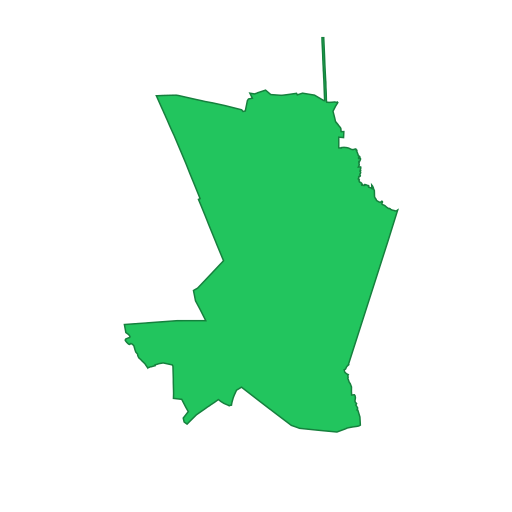 the district of Aizkraukle, Aizkraukles, Latvia, rotated 344°
{"feature_id": "27541924B59656090985212", "entity_name": "Aizkraukle", "entity_type": "district", "adm_level": 2, "iso_a3": "LVA", "parent_name": "Latvia", "parent_adm1": "Aizkraukles", "projection": "mercator", "projection_center": [25.251, 56.596], "detail": "fine", "context": "isolated", "style": "filled", "palette": "green", "viewbox_px": 512, "rotation_deg": 344, "n_neighbors": 0, "source": "geoboundaries", "source_scale": "gbopen_adm2", "svg_char_len": 5913}
<svg xmlns="http://www.w3.org/2000/svg" viewBox="0 0 512 512"><g transform="rotate(344 256 256)"><path d="M387.4,277.4L399.3,259.3L404.9,250.8L404.5,250.9L403.9,251.4L402.1,251.0L401.3,250.3L400.9,250.1L399.5,249.4L399.2,249.0L398.2,248.3L398.0,247.6L397.1,246.9L396.5,246.9L395.2,245.3L394.8,244.8L394.1,243.6L393.5,242.8L392.6,242.1L391.5,241.2L391.5,240.3L391.8,239.7L392.3,239.3L392.5,238.5L392.1,238.0L390.3,238.7L389.7,238.4L388.3,237.1L387.2,235.9L387.0,234.4L386.4,232.7L386.3,231.7L386.6,230.4L387.0,228.9L387.5,226.9L387.8,225.7L387.5,223.7L387.6,222.9L387.3,220.9L386.8,219.7L386.0,223.1L385.2,222.2L383.3,220.9L383.6,220.1L383.7,219.5L383.6,219.3L382.9,219.2L382.6,219.1L382.2,218.4L381.8,218.2L380.6,217.4L380.3,217.2L380.0,217.3L380.0,217.5L379.9,218.1L379.4,218.0L378.9,217.8L378.4,217.6L378.3,217.3L378.2,217.1L377.9,217.2L377.6,217.3L377.2,217.2L377.1,216.6L377.3,216.5L377.5,216.6L377.8,216.1L377.7,215.6L377.5,214.9L377.2,214.7L376.9,214.4L376.9,214.1L376.6,213.8L376.1,213.7L375.8,213.1L375.8,212.8L375.9,211.6L376.1,211.6L376.3,211.3L376.1,210.5L375.8,210.5L375.6,210.4L375.5,210.1L375.7,209.9L376.0,209.6L376.3,209.3L376.4,208.9L376.4,208.7L376.4,208.4L376.8,207.9L377.1,207.9L377.3,208.1L377.5,208.2L378.2,207.9L378.4,207.7L378.4,207.4L378.3,207.0L378.3,206.6L378.2,206.4L378.3,206.0L378.6,205.7L378.8,205.7L379.0,205.6L379.3,205.1L379.6,204.6L379.7,204.3L379.7,204.0L379.6,203.7L379.4,203.4L379.3,203.1L379.6,202.7L380.2,202.6L380.2,201.8L380.3,201.2L380.8,200.7L381.2,199.4L380.8,199.1L378.9,198.7L380.4,196.9L380.5,195.3L380.9,195.4L381.0,195.5L380.8,195.2L380.9,194.7L380.8,193.9L380.9,193.5L381.1,193.4L381.6,193.6L381.9,193.3L382.3,193.0L382.5,192.6L383.1,191.9L383.3,191.2L383.0,190.6L382.7,190.2L382.3,190.4L382.0,190.7L381.7,190.7L381.5,190.1L381.6,189.9L382.3,189.3L382.7,189.3L383.1,189.3L383.1,189.1L382.8,188.5L382.5,188.3L382.3,188.1L382.1,187.8L382.0,187.3L382.0,186.8L382.1,186.4L382.0,186.2L381.8,183.5L381.7,182.9L381.5,182.4L382.1,182.1L381.6,181.3L381.5,180.7L381.1,180.5L378.5,180.5L376.9,179.7L375.5,178.4L374.6,177.7L374.3,177.5L372.8,176.7L370.5,175.8L367.9,175.3L367.7,175.7L365.4,174.9L365.5,174.3L366.4,171.3L368.3,164.6L372.3,166.1L372.8,166.3L374.3,161.9L374.7,160.6L372.3,160.0L372.1,159.9L372.6,157.4L372.4,157.4L372.6,156.0L371.7,154.0L370.3,150.8L370.5,150.9L369.5,148.6L369.5,148.2L369.7,145.0L369.9,138.1L373.9,133.8L376.9,131.1L376.6,130.4L376.0,130.6L374.0,129.6L371.7,129.2L368.6,128.5L366.3,127.6L366.6,125.6L368.3,119.1L368.8,117.0L369.4,114.4L369.7,113.1L371.1,107.9L371.3,106.7L373.4,97.6L374.8,91.6L376.5,84.7L378.2,77.7L381.2,65.1L381.3,64.8L379.6,64.3L378.6,68.1L375.7,80.5L374.8,84.0L374.3,86.0L374.1,87.0L373.4,89.8L372.8,92.5L372.2,94.9L371.7,96.8L371.7,97.1L371.0,100.1L370.3,102.9L369.8,105.3L366.2,119.8L364.9,125.1L364.8,125.6L364.3,125.4L363.8,125.1L356.6,117.5L345.6,112.3L340.1,112.5L339.8,110.8L332.5,109.8L327.2,109.0L324.9,108.6L322.3,107.7L314.7,104.9L310.9,99.2L303.4,99.5L302.7,99.5L301.8,99.7L301.5,99.7L299.4,99.8L299.2,99.8L299.0,99.7L295.0,97.8L296.0,103.3L292.1,103.0L290.6,104.2L285.7,113.6L283.3,113.5L282.5,111.5L267.7,102.9L256.4,96.8L249.7,93.5L246.5,91.7L242.0,89.3L225.6,80.3L223.6,79.4L219.1,78.2L211.0,76.1L205.9,74.9L204.4,74.5L206.1,86.7L206.4,88.7L206.7,90.6L207.1,93.7L207.4,95.5L207.6,97.2L208.1,100.5L208.6,104.5L208.9,106.9L209.4,110.4L210.2,115.7L210.5,117.5L214.1,147.4L215.2,158.7L216.3,168.5L216.4,169.5L218.1,185.5L216.3,185.7L217.0,191.6L218.3,203.5L218.9,209.5L219.1,211.8L219.9,219.2L221.3,232.0L221.5,234.2L222.4,242.0L223.5,251.6L211.7,258.6L203.1,263.7L191.0,270.8L186.4,271.9L185.5,282.4L187.6,292.2L189.9,304.3L162.2,296.4L110.6,285.6L109.8,293.7L111.8,296.3L112.2,297.1L112.7,298.6L112.5,299.0L112.1,299.5L111.7,299.5L110.2,299.6L108.8,299.8L107.9,299.9L107.1,300.8L107.2,301.5L107.9,303.3L109.0,305.2L109.4,305.7L110.2,306.2L111.6,305.6L112.8,306.7L113.3,307.5L113.8,308.6L113.9,309.6L113.8,310.3L113.9,310.7L113.8,311.7L113.9,314.3L114.0,315.3L115.1,317.6L114.9,319.0L115.0,320.0L115.3,321.6L115.8,322.5L116.4,323.3L116.6,323.6L116.7,323.9L117.1,324.6L117.3,325.1L118.3,326.8L119.0,328.0L119.8,329.6L119.9,330.2L120.2,331.1L120.5,332.0L120.6,332.3L120.7,332.6L120.8,332.9L121.0,333.3L121.2,333.7L121.2,333.8L121.4,333.7L124.4,333.4L124.7,333.6L128.5,333.6L128.8,333.6L128.8,333.1L128.8,332.9L130.6,332.8L132.1,332.8L132.6,332.7L135.4,333.0L137.3,333.2L145.5,337.6L145.8,339.0L145.4,340.6L145.0,342.2L144.6,343.7L142.6,351.5L141.7,354.6L141.3,356.1L140.9,357.7L140.5,359.2L139.7,362.4L138.8,365.7L137.4,370.1L145.1,373.3L146.8,381.9L148.0,386.9L144.9,389.2L141.4,391.7L141.3,393.1L141.3,393.7L141.2,395.1L141.2,395.8L143.4,398.6L146.8,396.7L155.0,392.2L165.5,388.6L166.6,388.2L167.6,387.8L168.7,387.5L169.8,387.2L170.9,386.8L171.0,386.7L172.0,386.4L172.3,386.3L173.1,386.1L173.6,385.9L174.2,385.7L174.8,385.5L175.3,385.4L176.4,385.0L176.9,384.8L177.5,384.6L177.8,384.5L179.1,384.0L180.2,383.6L181.4,385.1L181.8,385.8L184.5,388.8L188.4,392.0L188.9,392.6L190.9,392.4L191.3,392.6L192.1,390.9L192.8,389.6L193.8,388.0L194.9,386.2L196.7,383.8L200.3,379.6L205.9,378.1L212.2,386.7L219.0,396.0L226.1,405.6L227.2,407.1L227.5,407.4L231.1,412.3L237.7,421.1L238.9,422.7L241.6,426.3L243.0,428.2L243.2,428.5L246.6,430.9L248.7,432.4L250.3,433.6L250.5,433.7L270.2,441.6L285.3,447.5L294.5,446.8L296.3,446.5L297.8,446.6L302.1,447.0L305.4,447.5L307.2,447.7L308.7,447.6L309.7,447.3L311.5,439.4L311.5,438.8L311.4,432.3L310.8,432.0L310.6,431.8L311.1,431.4L311.8,430.1L311.4,428.5L310.9,426.8L312.0,425.6L311.2,424.0L311.1,423.7L311.2,422.5L312.5,419.7L312.7,417.6L312.3,416.5L309.6,416.0L310.1,413.9L310.4,412.5L311.0,410.5L311.3,409.5L311.7,408.2L311.6,407.2L311.4,404.7L310.8,402.9L310.7,400.4L310.5,398.8L311.1,398.1L311.3,396.2L312.0,395.5L310.6,394.2L309.3,392.2L309.4,389.6L310.9,389.4L312.5,387.5L313.6,386.8L315.1,386.1L314.9,385.8L387.4,277.4Z" fill="#22c55e" stroke="#15803d" stroke-width="1.5"/></g></svg>